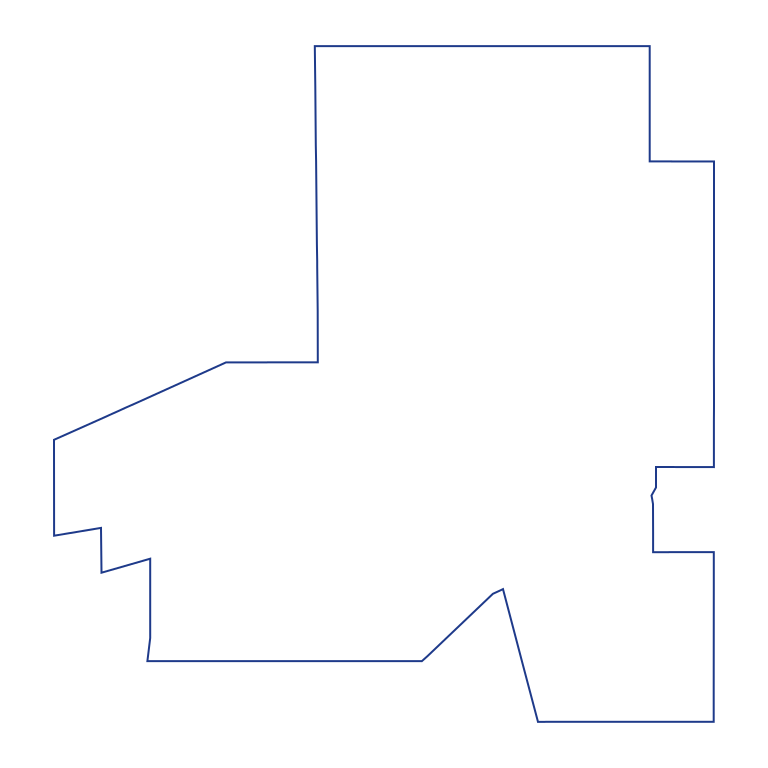 the district of Alice Springs, Northern Territory, Australia
{"feature_id": "25037944B49978280072491", "entity_name": "Alice Springs", "entity_type": "district", "adm_level": 2, "iso_a3": "AUS", "parent_name": "Australia", "parent_adm1": "Northern Territory", "projection": "albers", "projection_center": [133.854, -23.731], "detail": "fine", "context": "isolated", "style": "outline", "palette": "blue", "viewbox_px": 768, "rotation_deg": 0, "n_neighbors": 0, "source": "geoboundaries", "source_scale": "gbopen_adm2", "svg_char_len": 1095}
<svg xmlns="http://www.w3.org/2000/svg" viewBox="0 0 768 768"><path d="M317.2,265.1L317.2,266.4L317.7,311.3L317.8,362.3L242.5,362.4L226.0,362.4L135.4,403.4L125.4,407.8L118.0,411.2L109.7,414.9L107.8,415.8L54.0,439.8L54.1,535.7L101.0,527.9L101.2,545.6L101.5,572.7L150.2,558.7L150.2,591.6L150.2,632.4L150.2,638.0L147.4,661.1L242.1,661.1L291.5,661.1L358.2,661.1L420.8,661.1L421.8,661.2L427.3,656.3L492.9,593.8L499.9,590.6L503.0,589.1L503.2,589.9L514.9,634.4L521.9,661.1L538.0,721.9L549.0,721.8L550.3,721.8L588.1,721.8L639.7,721.8L713.7,721.8L713.7,693.9L713.8,588.3L713.8,552.1L702.8,552.1L699.5,552.1L653.1,552.2L653.1,532.8L653.0,504.0L652.6,501.7L652.2,499.2L651.5,495.5L656.0,487.5L656.0,467.0L713.9,467.1L713.9,435.9L713.9,421.6L714.0,407.1L714.0,394.6L713.9,360.1L714.0,315.8L714.0,229.5L714.0,161.5L649.7,161.4L649.7,46.1L611.0,46.1L539.0,46.1L521.0,46.1L512.2,46.1L493.0,46.1L491.3,46.1L489.2,46.1L488.9,46.1L485.1,46.1L483.3,46.1L413.5,46.1L314.8,46.1L315.3,86.7L315.8,145.3L316.1,161.4L316.9,244.6L317.2,261.4L317.2,263.9L317.2,265.1Z" fill="none" stroke="#1e3a8a" stroke-width="2"/></svg>